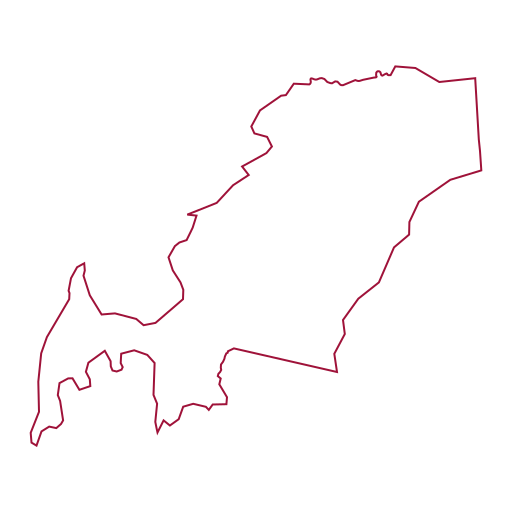 Queen Anne's, Maryland, United States of America
{"feature_id": "52423323B53512454602615", "entity_name": "Queen Anne's", "entity_type": "district", "adm_level": 2, "iso_a3": "USA", "parent_name": "United States of America", "parent_adm1": "Maryland", "projection": "natural_earth1", "projection_center": [-76.091, 39.048], "detail": "fine", "context": "isolated", "style": "outline", "palette": "rose", "viewbox_px": 512, "rotation_deg": 0, "n_neighbors": 0, "source": "geoboundaries", "source_scale": "gbopen_adm2", "svg_char_len": 2184}
<svg xmlns="http://www.w3.org/2000/svg" viewBox="0 0 512 512"><path d="M187.3,214.6L196.5,215.6L192.7,227.6L190.6,232.0L186.6,240.1L179.4,242.5L174.9,246.1L168.5,257.3L172.8,270.4L180.5,282.4L183.3,289.8L183.0,299.2L155.5,322.9L143.6,325.2L136.2,318.9L135.7,318.8L115.0,313.4L109.8,313.8L101.6,314.5L89.8,295.3L83.5,275.7L84.8,270.5L84.2,263.3L77.1,267.2L71.0,278.2L68.6,290.8L69.5,293.1L69.2,299.2L46.9,337.1L41.2,353.3L38.3,381.7L39.0,411.8L30.7,432.8L31.5,442.6L36.5,445.6L41.5,431.4L49.2,426.6L56.3,428.1L61.0,424.0L63.1,420.4L60.1,400.9L57.8,395.1L59.5,383.1L68.2,378.4L72.5,378.3L79.4,389.8L90.3,386.1L89.8,379.3L85.9,371.8L88.4,362.7L104.8,350.8L110.6,361.2L110.8,366.4L112.5,370.5L116.7,371.5L121.5,369.7L122.7,367.1L120.7,363.1L121.2,353.7L132.3,350.8L134.2,350.3L147.3,354.9L154.6,363.0L153.5,394.9L157.1,403.7L155.3,421.9L156.6,428.4L157.5,432.5L163.6,420.4L169.9,425.5L178.7,419.2L183.2,406.7L193.2,403.8L205.9,406.8L208.8,409.9L212.7,404.5L226.4,404.2L227.0,397.2L219.3,384.3L220.7,378.5L217.8,376.1L218.4,373.8L220.1,372.0L221.2,369.9L220.8,367.8L221.0,364.5L223.0,361.8L224.4,358.8L224.9,356.5L226.3,353.4L227.7,352.7L227.9,351.3L233.9,348.4L337.0,372.0L334.3,353.8L344.8,334.0L343.0,320.0L358.3,298.7L378.9,282.4L394.0,247.4L409.1,234.6L409.4,222.0L418.9,201.7L450.3,179.8L481.3,170.4L481.3,170.2L480.0,151.0L478.8,139.4L475.2,78.3L475.2,78.2L439.3,82.0L415.4,68.0L395.3,66.4L390.6,75.1L388.7,75.2L387.6,74.8L387.2,73.8L386.5,73.5L384.9,74.2L382.5,75.6L381.7,75.4L381.1,74.7L380.4,72.3L379.4,71.4L378.0,71.2L377.1,71.6L376.3,72.6L376.1,74.7L376.2,75.8L376.6,76.7L376.3,77.2L375.8,77.4L373.7,77.6L363.1,79.8L359.6,80.9L358.2,81.0L357.0,80.7L355.3,80.1L343.0,85.2L341.1,85.1L340.2,84.6L337.5,81.7L335.2,81.4L332.0,83.3L330.3,83.1L327.3,82.0L324.4,79.0L321.8,78.1L319.9,78.3L316.8,79.5L315.6,79.6L314.6,79.4L313.6,79.1L312.8,78.7L312.0,78.5L311.5,78.4L311.1,78.4L310.7,78.8L310.5,79.3L310.5,80.0L310.8,81.7L310.7,82.6L310.4,83.4L309.8,84.1L309.3,84.4L293.8,83.7L285.9,95.1L281.1,95.7L260.0,110.4L251.3,126.5L254.4,133.4L267.1,136.9L271.9,146.5L266.4,153.1L242.1,166.5L248.7,175.0L233.1,185.2L216.7,202.9L187.3,214.6Z" fill="none" stroke="#9f1239" stroke-width="2"/></svg>